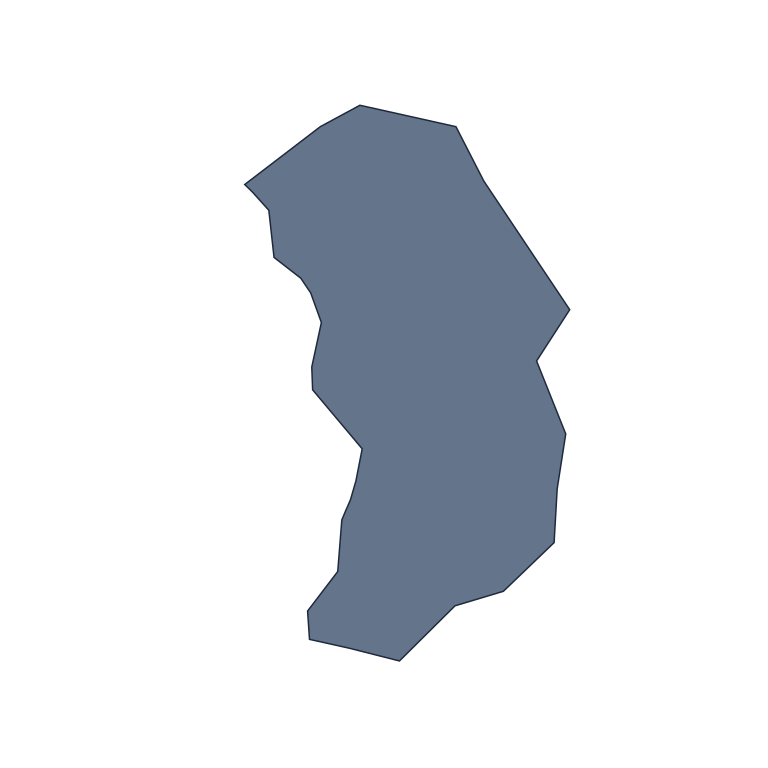 Alona, Nicosia, Cyprus, rotated 37°
{"feature_id": "46923920B16152598382892", "entity_name": "Alona", "entity_type": "district", "adm_level": 2, "iso_a3": "CYP", "parent_name": "Cyprus", "parent_adm1": "Nicosia", "projection": "equal_earth", "projection_center": [33.044, 34.926], "detail": "fine", "context": "isolated", "style": "filled", "palette": "slate", "viewbox_px": 768, "rotation_deg": 37, "n_neighbors": 0, "source": "geoboundaries", "source_scale": "gbopen_adm2", "svg_char_len": 554}
<svg xmlns="http://www.w3.org/2000/svg" viewBox="0 0 768 768"><g transform="rotate(37 384 384)"><path d="M341.7,161.9L286.6,135.2L197.0,175.9L178.3,216.7L152.7,308.5L163.5,309.9L187.5,314.6L220.0,349.1L253.9,349.6L270.7,355.4L297.0,372.6L316.1,413.9L330.5,431.6L405.6,448.9L419.9,478.3L426.8,496.4L428.6,503.7L429.4,507.2L432.1,517.9L459.9,561.6L459.6,611.3L478.2,632.8L514.4,616.3L563.0,595.9L574.2,518.4L604.1,477.7L615.3,408.3L585.4,363.5L559.2,314.5L492.0,273.8L487.6,212.9L341.7,161.9Z" fill="#64748b" stroke="#1e293b" stroke-width="1.5"/></g></svg>